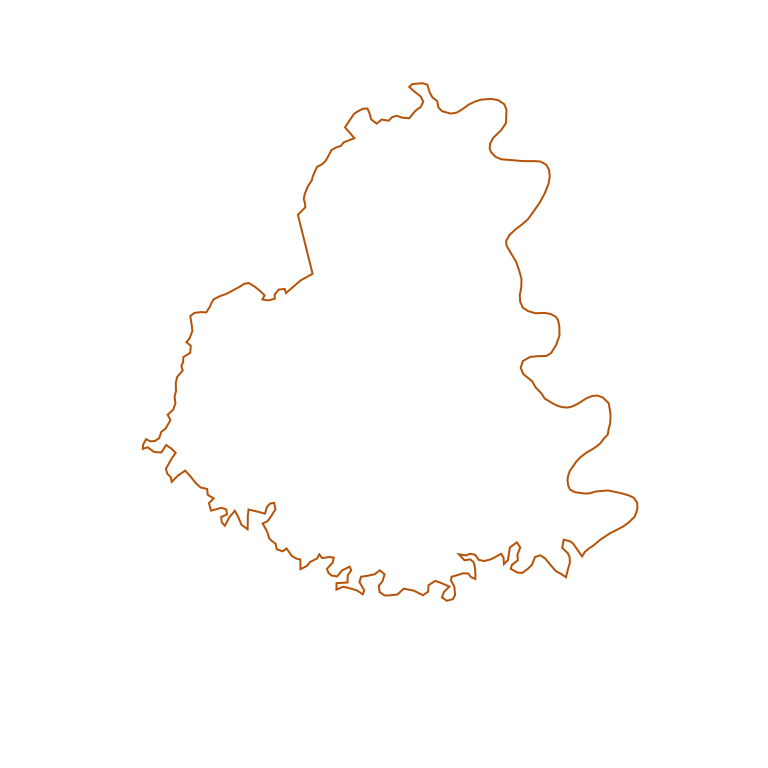 the district of Quedas do Iguaçu, Paraná, Brazil, rotated 243°
{"feature_id": "56859067B83242561936103", "entity_name": "Quedas do Iguaçu", "entity_type": "district", "adm_level": 2, "iso_a3": "BRA", "parent_name": "Brazil", "parent_adm1": "Paraná", "projection": "mercator", "projection_center": [-52.976, -25.446], "detail": "fine", "context": "isolated", "style": "outline", "palette": "amber", "viewbox_px": 768, "rotation_deg": 243, "n_neighbors": 0, "source": "geoboundaries", "source_scale": "gbopen_adm2", "svg_char_len": 4606}
<svg xmlns="http://www.w3.org/2000/svg" viewBox="0 0 768 768"><g transform="rotate(243 384 384)"><path d="M222.4,248.3L221.9,255.4L218.9,259.3L212.3,266.2L206.2,269.7L209.2,272.7L218.7,272.2L222.7,276.1L220.7,281.9L218.7,289.4L219.9,295.6L214.1,298.1L208.8,292.9L206.6,287.8L200.7,285.6L195.3,288.5L193.2,292.8L190.3,300.4L192.7,308.6L186.1,317.0L178.1,322.7L178.9,328.9L184.5,332.4L185.3,340.3L181.0,344.4L173.8,350.3L171.5,343.0L167.6,338.8L162.4,341.5L161.0,347.6L163.6,351.5L171.7,354.7L178.5,354.4L181.6,356.7L180.3,363.0L179.5,368.4L177.0,372.9L172.4,373.9L168.8,376.8L172.5,378.9L178.9,381.6L184.3,383.0L188.6,381.2L190.4,375.7L198.3,373.4L194.0,379.3L193.7,383.5L190.5,387.6L184.1,388.7L180.8,392.9L179.3,399.5L179.3,403.8L179.5,411.3L174.8,411.6L169.2,409.1L170.8,414.5L181.2,421.9L182.6,430.5L176.5,431.2L171.5,425.5L166.2,423.2L164.7,415.7L161.8,413.0L155.6,417.1L152.9,421.4L154.1,428.6L155.6,433.5L161.2,439.9L160.5,445.4L155.4,448.4L146.5,450.4L139.3,452.1L134.2,455.7L129.2,458.4L135.8,464.1L140.1,468.3L145.5,470.8L149.8,471.0L157.1,468.4L163.7,473.5L159.3,478.5L155.8,480.1L140.5,482.2L143.2,486.8L144.6,492.9L145.0,497.2L147.1,506.2L148.4,517.2L148.4,531.8L149.4,538.6L151.9,546.9L154.6,550.1L158.1,553.3L163.3,555.7L169.4,554.8L174.0,551.2L177.4,547.5L180.7,543.7L187.4,535.4L192.1,523.8L193.1,518.0L195.2,513.2L201.0,504.9L205.5,501.8L209.8,502.0L214.8,503.7L218.3,506.1L222.2,510.1L227.4,519.8L229.3,524.7L230.9,532.9L231.3,540.5L231.9,545.0L233.0,550.0L235.0,553.8L237.5,560.6L241.4,563.3L246.1,567.5L251.8,570.9L255.9,572.7L264.7,575.5L272.6,572.9L276.7,569.1L278.8,564.2L279.4,557.8L278.4,548.1L278.5,541.7L279.6,537.0L282.5,532.2L286.2,528.4L290.7,525.1L298.1,520.6L303.9,520.1L312.0,517.6L319.3,517.2L329.6,512.6L336.3,513.1L341.4,518.0L341.8,526.5L339.4,532.7L335.3,541.4L335.7,546.9L340.6,555.1L347.6,562.4L356.1,566.5L362.0,568.1L366.0,567.5L370.5,564.5L374.4,559.5L378.2,551.2L383.5,545.5L389.1,542.3L395.5,542.7L401.5,545.3L407.7,550.1L415.2,554.2L424.0,556.0L433.2,557.2L444.3,556.4L451.5,556.0L455.9,557.6L459.8,563.4L462.1,571.6L463.3,578.4L465.4,586.9L469.7,595.3L474.7,604.7L480.9,613.8L487.9,621.7L493.8,626.0L500.0,628.3L505.8,628.1L511.2,624.4L513.7,620.3L517.8,612.3L519.7,608.7L526.0,598.6L530.9,590.6L535.7,586.5L542.1,584.6L546.1,585.2L549.9,587.6L553.7,592.8L557.0,603.8L561.1,611.1L572.9,617.7L578.6,618.2L585.3,614.4L589.4,608.8L593.2,599.9L594.3,594.0L594.5,586.4L593.2,578.0L592.8,572.0L594.7,566.1L600.7,559.6L605.6,558.0L612.2,559.9L617.0,557.3L622.6,557.0L631.0,558.5L634.5,554.9L638.4,545.3L637.2,541.4L632.0,543.3L623.4,547.3L617.7,547.1L614.1,542.3L613.6,537.9L612.3,533.8L609.3,527.2L613.1,521.0L617.2,517.2L618.1,512.5L616.5,507.7L620.7,502.0L619.3,495.7L625.6,492.7L632.3,494.1L637.0,494.3L638.8,490.0L638.8,484.7L638.4,480.1L633.3,470.9L630.4,465.8L616.5,469.2L617.6,457.8L615.7,453.6L616.5,448.8L616.2,443.2L612.0,437.4L609.4,433.3L607.9,428.9L607.9,422.9L601.5,415.0L598.4,412.3L594.9,406.3L592.3,403.1L589.6,400.0L585.4,396.5L580.9,395.6L577.2,394.2L573.9,384.1L514.6,370.4L514.2,357.0L509.5,338.0L513.8,338.7L515.9,333.1L513.5,327.3L509.6,325.4L511.0,318.8L514.5,314.0L517.2,317.9L523.0,315.9L529.5,313.0L535.4,309.3L536.7,304.9L536.1,299.0L536.1,294.6L535.9,289.4L535.9,283.7L536.8,277.5L536.8,270.7L534.5,267.0L531.8,263.9L528.5,258.1L531.2,253.5L533.4,247.4L532.5,242.2L524.6,239.7L518.3,237.4L512.9,231.4L511.0,226.9L505.8,229.2L499.8,225.5L499.0,217.3L494.7,215.0L492.1,211.7L487.3,210.7L484.2,202.9L479.4,198.9L472.0,195.4L467.9,191.7L461.5,189.4L456.8,184.6L454.9,177.3L448.7,177.3L445.6,172.4L443.4,169.1L442.5,163.9L437.8,159.1L437.2,153.9L439.2,149.5L442.9,147.0L439.3,141.8L435.7,139.7L434.9,144.7L427.7,148.4L424.1,154.5L428.5,162.2L423.5,165.0L417.2,167.1L414.3,161.4L407.4,151.1L402.5,150.2L397.8,151.7L393.2,150.4L395.9,158.7L397.1,167.5L391.1,169.2L380.4,171.5L375.0,173.7L370.8,178.8L365.3,176.6L359.4,180.3L357.3,173.9L349.7,172.4L347.5,183.0L343.7,186.5L339.1,184.9L339.4,178.5L334.5,176.7L329.9,177.8L335.4,185.6L338.8,193.5L332.9,193.8L323.3,193.1L316.5,196.5L322.7,199.9L328.2,202.7L333.7,206.3L326.6,214.6L322.5,219.1L327.4,223.7L329.2,228.0L328.0,232.1L321.7,230.5L318.1,224.6L314.6,218.0L314.8,212.5L305.9,212.9L298.5,211.6L294.6,213.0L290.9,214.9L285.6,213.4L280.9,217.7L281.7,222.5L272.7,223.8L268.2,226.7L265.6,229.8L256.9,225.5L256.9,232.8L259.0,237.2L258.9,245.1L261.6,249.0L256.9,249.9L254.7,256.7L252.1,260.4L248.2,257.2L245.2,249.2L241.1,248.8L237.3,250.2L233.8,254.9L236.9,261.8L236.9,270.4L233.0,270.3L229.9,264.7L223.7,261.4L228.1,251.3L222.4,248.3Z" fill="none" stroke="#b45309" stroke-width="2"/></g></svg>